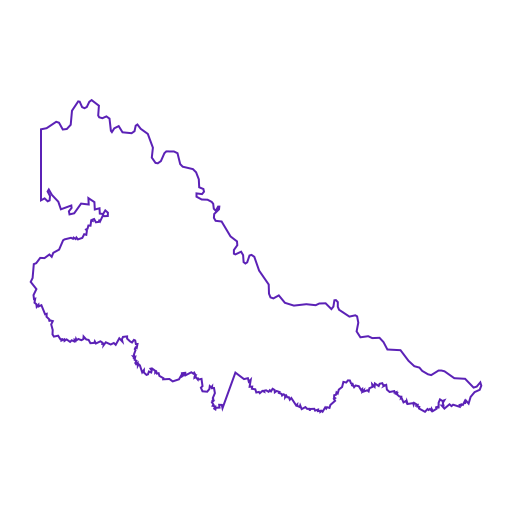 the district of Putumayo, Sucumbios, Ecuador
{"feature_id": "8360857B86865530067586", "entity_name": "Putumayo", "entity_type": "district", "adm_level": 2, "iso_a3": "ECU", "parent_name": "Ecuador", "parent_adm1": "Sucumbios", "projection": "equal_earth", "projection_center": [-75.989, 0.133], "detail": "fine", "context": "isolated", "style": "outline", "palette": "violet", "viewbox_px": 512, "rotation_deg": 0, "n_neighbors": 0, "source": "geoboundaries", "source_scale": "gbopen_adm2", "svg_char_len": 5985}
<svg xmlns="http://www.w3.org/2000/svg" viewBox="0 0 512 512"><path d="M346.3,382.5L347.9,380.4L349.9,380.5L351.0,383.4L352.4,383.7L351.8,386.2L352.8,384.6L354.1,387.2L355.6,385.5L358.8,386.2L361.1,390.1L362.2,389.1L362.2,391.8L363.8,390.3L363.5,391.6L367.3,390.3L368.6,391.4L369.4,388.2L372.5,386.9L372.2,384.2L374.6,386.8L374.9,383.5L378.7,386.0L379.6,383.8L382.3,383.2L383.2,385.1L384.5,385.1L383.9,386.0L386.2,384.9L386.9,389.6L389.6,392.0L394.2,391.1L394.5,392.7L396.4,392.1L396.0,393.5L397.2,393.2L396.9,394.3L399.4,396.5L401.3,396.7L400.9,398.4L401.6,398.0L403.5,402.4L405.8,401.0L406.4,402.2L406.7,401.0L407.6,404.0L413.1,403.1L413.6,404.6L414.1,402.9L416.6,404.4L416.3,405.4L417.7,405.0L417.4,406.6L419.3,406.9L419.0,408.5L425.0,411.8L427.5,409.0L428.6,410.0L429.9,409.0L431.4,410.6L431.7,409.0L432.8,411.1L436.5,408.8L436.1,407.3L438.1,406.6L438.6,408.4L438.6,402.8L440.0,399.4L442.4,401.0L444.3,400.3L442.8,402.9L443.5,405.5L441.7,405.5L444.4,408.6L449.5,404.3L451.5,406.1L453.1,404.7L459.7,406.8L459.5,405.0L460.7,404.6L460.8,406.3L461.6,404.4L462.9,404.9L464.5,401.7L465.0,403.8L465.9,400.5L468.6,403.6L470.6,396.9L474.6,392.1L479.7,389.8L481.3,385.7L480.3,382.4L476.7,386.6L473.6,387.6L465.1,378.8L454.3,378.2L444.5,371.3L441.3,370.5L438.6,370.5L431.2,375.1L428.0,374.3L422.2,370.9L419.4,367.6L414.3,366.2L408.5,360.8L400.5,350.2L387.4,349.5L383.5,342.1L379.5,337.8L372.2,338.1L368.2,336.2L360.4,337.3L356.6,331.4L358.3,322.7L357.1,316.4L355.3,315.3L349.4,316.6L339.1,309.8L337.8,306.8L337.8,302.1L335.9,300.1L334.4,300.3L333.4,306.6L331.4,309.1L325.6,303.3L319.3,303.5L315.7,305.2L306.3,304.2L293.9,305.6L284.9,302.8L278.8,295.4L273.4,298.4L270.5,297.4L269.0,293.7L268.7,284.5L259.1,270.6L254.3,256.8L251.5,254.9L249.5,255.5L247.2,262.3L245.4,263.5L243.6,262.1L243.1,255.1L241.1,251.7L235.4,254.4L233.9,253.7L233.9,250.0L237.3,245.2L237.0,241.4L230.5,236.4L221.6,221.5L215.6,220.8L213.9,217.8L214.2,214.0L219.0,209.3L219.3,206.6L218.1,206.6L215.8,210.8L213.8,208.7L213.2,203.8L211.7,201.9L207.5,199.7L201.7,199.5L196.5,196.7L196.5,193.4L202.0,194.1L204.0,191.7L203.4,189.0L199.2,187.3L198.8,179.3L196.1,172.3L192.9,169.1L182.7,166.7L180.2,164.1L177.5,153.2L174.0,151.5L166.3,151.4L164.4,153.2L160.9,161.1L157.8,163.3L155.5,162.9L151.8,157.6L152.9,147.7L147.8,133.9L140.7,128.8L137.4,124.5L135.7,125.7L134.5,131.2L131.6,133.2L122.5,132.3L118.7,126.1L114.3,128.3L111.9,132.1L110.9,130.8L109.5,118.6L106.4,116.4L102.4,118.2L99.2,117.3L98.2,115.5L98.9,105.7L91.6,100.1L89.3,101.8L86.8,107.0L84.5,108.2L82.1,107.1L79.7,101.7L78.2,101.4L72.0,110.7L70.7,124.8L66.8,129.0L62.8,129.5L59.0,122.7L56.2,121.8L46.6,128.2L41.0,129.3L41.0,200.3L44.6,198.4L47.7,201.3L49.6,200.4L50.0,196.0L47.6,191.5L48.8,189.5L51.9,194.9L58.3,201.7L60.9,209.3L71.3,205.5L71.6,207.9L68.9,211.3L69.5,214.4L74.2,213.3L81.1,203.6L88.7,204.5L88.4,198.1L94.4,202.1L94.8,209.5L99.5,208.3L99.8,213.6L103.1,214.0L105.3,210.4L107.9,212.7L107.8,216.0L104.0,216.2L103.1,215.0L100.0,221.6L99.2,220.6L98.6,221.9L95.9,222.3L94.1,219.0L92.3,219.7L92.6,220.9L91.2,220.5L90.5,225.7L88.4,225.5L87.5,228.8L86.0,229.5L86.9,230.7L86.3,234.8L84.2,234.2L82.3,237.9L77.9,239.4L76.4,237.5L75.6,239.0L73.6,237.6L73.0,238.8L71.0,237.8L64.5,239.4L63.1,240.3L59.1,249.6L53.3,252.8L51.7,256.8L49.4,254.5L44.5,258.1L40.2,257.9L36.2,263.2L33.8,264.1L32.6,278.0L30.7,281.9L36.4,289.1L33.5,295.1L34.0,299.1L35.2,298.7L34.5,302.7L36.3,304.1L36.7,306.8L38.5,304.7L38.7,306.4L41.4,305.2L45.1,314.3L46.7,313.8L46.5,316.7L49.3,319.4L49.2,321.5L49.9,320.3L52.8,321.1L51.2,324.4L52.7,330.0L52.5,334.4L53.9,336.6L58.1,335.7L60.5,339.4L61.8,339.2L61.6,340.5L64.3,339.3L64.5,340.9L66.6,339.4L70.1,341.9L71.7,340.3L74.4,341.5L74.5,339.8L75.6,340.7L76.0,338.9L76.6,340.2L78.4,339.0L81.4,340.2L83.4,339.1L83.6,336.5L86.3,339.5L88.6,339.9L90.4,343.2L94.3,342.9L94.8,341.4L95.9,343.5L100.4,341.3L102.5,342.7L102.3,343.9L103.8,343.8L103.6,345.2L105.8,342.3L110.7,344.5L113.8,343.0L115.7,344.8L119.3,338.3L122.4,341.6L121.9,339.3L123.0,336.9L127.1,336.4L127.1,338.6L130.2,341.5L132.0,342.5L133.9,339.9L135.2,340.5L135.9,344.1L137.5,344.0L136.7,348.0L135.6,347.4L134.8,349.1L135.5,350.2L133.9,354.6L134.6,356.4L133.1,356.3L134.1,357.6L133.4,358.8L135.1,357.5L134.6,359.8L136.4,360.8L135.3,363.0L136.1,364.2L137.7,362.8L137.8,365.7L138.6,364.2L139.9,365.4L142.2,372.4L143.9,370.1L143.9,372.5L146.5,374.9L148.0,374.3L148.9,371.5L151.2,372.5L151.7,370.7L150.5,368.7L151.9,368.4L155.2,370.8L155.2,372.7L156.3,371.7L156.9,373.6L158.6,373.2L159.4,375.9L163.4,378.2L163.2,379.3L169.4,379.0L172.7,381.4L179.0,379.3L181.0,375.8L181.6,376.7L184.2,374.8L182.0,374.8L181.9,373.2L185.3,372.8L185.5,375.3L191.3,372.3L193.4,373.7L194.2,372.7L195.3,374.6L194.8,376.1L195.6,375.8L194.8,377.7L195.9,377.2L197.6,379.3L197.7,377.7L198.5,379.5L201.5,378.9L202.5,386.1L200.9,387.7L202.5,391.3L207.2,391.7L209.4,389.0L209.8,386.1L211.3,387.4L212.1,386.4L212.0,388.2L214.0,388.0L214.9,393.1L212.8,398.1L213.4,399.2L212.6,400.3L213.5,400.8L211.9,402.2L213.5,404.7L212.7,405.8L215.2,406.4L214.2,408.6L215.4,409.4L215.7,407.8L219.5,407.6L219.2,404.8L221.8,404.9L222.5,408.2L235.4,372.6L244.0,379.1L247.9,378.2L248.8,381.7L250.7,379.7L249.6,386.8L252.2,386.6L251.9,388.8L255.3,389.3L256.3,392.5L258.9,391.9L259.8,393.2L262.4,390.9L264.1,391.7L263.8,390.8L266.1,390.3L268.6,391.8L269.8,390.2L271.0,391.4L272.6,388.8L274.6,390.0L274.8,392.3L276.6,391.0L279.5,392.0L279.0,393.0L281.6,393.9L282.1,395.5L283.7,394.3L285.1,395.2L285.1,397.3L286.3,395.6L287.3,397.3L288.8,397.2L289.8,399.7L291.3,398.0L296.2,405.5L297.2,404.5L297.1,405.8L299.7,407.0L300.2,405.4L301.7,409.1L305.4,407.1L307.2,408.9L309.4,408.8L309.9,410.7L310.2,409.0L314.3,408.8L315.1,410.6L318.1,409.6L318.0,411.1L320.2,410.8L320.3,411.9L321.7,410.8L322.6,411.7L325.2,407.4L326.2,408.6L327.0,407.2L329.5,407.9L330.4,404.9L335.1,400.8L333.9,398.9L335.1,398.1L334.1,397.4L334.2,395.2L335.9,394.8L336.5,392.4L337.7,393.5L338.8,389.6L342.1,387.0L343.4,381.9L346.3,382.5Z" fill="none" stroke="#5b21b6" stroke-width="2"/></svg>